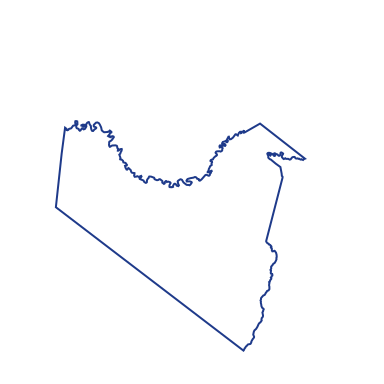 Kamrieng, Batdâmbâng, Cambodia, rotated 218°
{"feature_id": "14789045B46526313837061", "entity_name": "Kamrieng", "entity_type": "district", "adm_level": 2, "iso_a3": "KHM", "parent_name": "Cambodia", "parent_adm1": "Batdâmbâng", "projection": "natural_earth1", "projection_center": [102.586, 13.09], "detail": "fine", "context": "isolated", "style": "outline", "palette": "blue", "viewbox_px": 384, "rotation_deg": 218, "n_neighbors": 0, "source": "geoboundaries", "source_scale": "gbopen_adm2", "svg_char_len": 6061}
<svg xmlns="http://www.w3.org/2000/svg" viewBox="0 0 384 384"><g transform="rotate(218 192 192)"><path d="M289.9,96.2L53.8,98.7L53.8,99.5L54.3,101.3L54.1,102.0L54.4,103.3L54.1,104.6L54.1,106.1L53.9,106.5L52.6,108.0L52.4,108.6L52.7,110.0L53.2,110.8L53.6,113.6L53.5,114.1L53.6,115.6L54.0,116.2L55.9,117.3L57.2,119.8L57.6,121.3L57.2,123.7L57.5,126.2L58.0,128.1L58.3,129.7L57.8,131.6L58.0,132.1L57.9,133.0L58.0,133.7L58.7,134.2L59.4,135.5L59.3,136.7L59.6,137.8L60.0,138.4L62.4,140.5L62.5,141.7L63.0,142.5L63.2,143.6L63.7,144.0L65.5,144.0L67.0,144.8L68.2,146.0L69.5,147.0L70.4,148.3L71.2,148.7L71.6,150.0L72.1,150.6L72.3,151.2L72.1,154.4L71.4,155.5L71.6,157.6L71.8,158.0L71.7,159.6L71.9,160.2L71.1,161.6L71.2,163.1L72.7,165.0L73.8,165.9L74.8,167.5L75.0,168.2L75.8,168.5L75.7,169.9L76.1,170.6L76.0,172.0L76.1,172.5L77.2,173.1L77.0,173.9L77.5,174.6L77.2,175.5L77.5,176.1L78.4,176.8L79.6,176.3L80.2,176.8L81.4,178.8L82.2,178.9L82.4,180.1L82.7,180.9L83.4,181.4L83.7,182.1L83.5,183.9L83.7,184.4L83.7,185.8L83.3,186.5L83.2,187.3L83.6,189.7L84.1,191.2L84.9,191.9L85.2,192.9L86.7,194.6L88.4,195.9L90.4,196.5L90.9,196.4L91.7,195.0L92.2,194.7L93.2,195.2L94.2,196.5L95.1,196.6L95.9,197.0L95.6,197.7L96.2,198.1L97.8,198.4L99.2,198.0L99.7,198.4L101.2,198.1L102.7,198.5L103.3,198.9L129.5,259.1L130.2,259.9L131.1,260.0L132.7,261.7L137.7,266.1L143.5,265.9L149.9,266.1L150.8,265.8L152.6,265.9L153.1,266.1L154.2,267.5L155.5,268.0L156.3,268.7L156.2,269.5L155.7,270.1L155.1,270.5L154.6,270.2L154.0,269.1L152.7,269.0L152.7,270.0L153.4,271.1L152.2,271.4L149.4,271.0L149.0,271.4L148.9,271.9L149.3,272.4L149.7,272.5L150.8,272.1L151.0,272.6L151.0,273.1L150.6,273.5L148.7,273.8L147.8,274.2L146.2,273.9L145.7,274.1L145.4,274.5L145.3,275.3L145.5,276.0L146.3,277.3L146.2,278.0L145.7,278.3L143.9,278.4L143.5,277.5L143.6,276.8L143.2,275.4L142.5,274.8L140.4,274.4L139.9,274.5L139.3,276.0L138.3,276.0L136.7,277.3L134.9,277.7L134.4,278.5L134.4,280.6L134.2,281.4L133.2,282.5L132.7,282.8L131.1,282.3L129.9,282.9L129.4,283.6L128.4,283.7L128.0,284.2L126.6,284.3L126.0,284.7L125.9,285.2L124.2,285.6L124.1,286.8L123.5,287.8L180.5,287.8L187.3,271.1L187.6,270.8L188.6,272.1L189.0,271.9L188.9,270.8L189.6,270.3L189.3,269.0L189.6,268.6L190.4,269.6L190.8,269.4L191.2,269.0L191.4,267.3L190.7,264.7L192.9,264.6L193.3,264.2L193.2,260.1L193.8,257.7L194.6,256.8L196.0,257.4L197.0,258.3L197.3,258.0L196.7,254.6L195.8,254.7L195.2,254.4L194.9,253.2L195.1,252.7L195.6,252.5L196.9,253.0L197.4,251.9L198.5,250.4L198.3,248.9L197.8,248.5L197.2,248.8L195.7,250.0L194.4,249.6L194.3,248.7L197.2,247.1L198.7,245.9L198.7,245.4L198.4,244.8L197.6,244.2L196.6,245.5L195.5,245.7L194.8,245.4L194.7,244.7L193.8,243.3L193.8,242.7L194.3,241.5L195.2,241.2L196.8,239.9L197.7,238.9L197.8,238.4L197.7,237.6L197.1,237.2L195.9,237.1L195.1,236.6L195.1,235.4L195.5,234.8L195.9,232.3L195.6,230.6L196.5,229.5L196.8,228.8L196.8,228.2L196.5,227.8L194.9,228.2L194.4,227.7L194.3,226.8L193.9,226.1L193.1,225.5L193.6,223.4L193.2,222.2L192.9,220.5L192.1,219.0L192.1,217.6L191.8,217.2L191.2,217.6L190.8,218.1L190.1,220.3L189.7,220.8L189.3,220.6L189.4,219.9L188.9,218.6L188.9,217.2L188.4,216.2L188.5,215.5L189.0,215.0L190.7,214.6L191.5,214.2L191.9,213.5L192.2,208.0L192.6,206.1L193.0,205.6L193.7,205.5L194.2,206.2L194.8,206.3L196.0,205.6L196.9,206.0L198.2,206.0L199.0,205.5L199.7,204.2L201.7,202.0L203.3,199.8L203.5,199.3L203.5,198.3L203.3,197.5L202.6,197.1L200.3,199.0L198.6,199.6L198.1,199.4L197.9,198.8L197.8,196.9L198.1,195.8L199.1,195.4L200.1,194.6L200.8,194.3L204.6,194.3L207.4,195.4L208.7,195.1L209.2,194.4L209.9,192.3L209.8,191.5L208.0,190.0L206.4,189.2L206.4,188.2L207.9,187.6L209.6,188.2L210.6,188.0L211.0,187.4L210.9,186.1L210.6,184.8L210.1,184.4L210.8,183.3L211.3,183.2L212.2,182.3L212.7,182.1L213.5,182.7L214.1,184.0L214.4,185.9L215.2,186.2L216.8,185.7L217.5,185.2L217.9,184.4L219.1,184.7L219.4,184.4L219.5,183.0L218.8,182.0L219.1,181.1L221.2,181.1L221.5,181.8L222.2,182.4L224.9,182.4L225.7,181.9L225.9,180.9L226.3,180.3L227.2,179.6L229.1,179.1L229.7,179.2L230.1,179.7L230.7,179.9L233.8,178.9L235.2,177.9L235.1,176.7L234.8,176.2L235.0,175.1L234.9,174.2L234.6,173.3L233.6,171.9L233.7,171.2L234.1,170.7L235.7,170.5L237.3,171.2L241.2,170.1L241.6,170.4L241.2,171.1L241.3,173.1L242.0,173.4L243.3,171.1L244.8,170.8L245.1,170.4L245.3,169.9L246.5,168.7L246.9,168.8L247.9,169.5L248.4,170.8L249.0,171.5L251.0,170.3L251.6,170.2L252.7,170.7L253.7,171.5L256.4,171.8L256.9,171.7L256.8,169.8L257.4,169.4L259.4,170.2L260.9,171.4L259.8,172.6L259.9,173.3L262.3,174.0L264.3,173.1L265.6,174.1L267.1,174.2L267.6,174.2L268.5,173.5L268.9,173.6L269.0,174.1L269.6,175.0L272.3,176.7L272.1,178.0L272.7,179.5L272.8,180.7L273.4,182.2L273.9,182.6L274.8,181.7L275.5,179.2L275.9,178.9L276.3,179.5L276.2,180.0L276.6,180.6L277.9,180.7L279.3,182.0L279.9,182.1L281.1,181.6L283.4,179.6L284.0,178.6L284.2,177.5L284.6,177.0L285.3,177.2L286.4,178.0L287.1,179.2L287.9,180.2L288.1,180.8L287.4,182.5L287.1,184.5L287.3,185.1L287.3,186.9L287.8,187.4L288.8,187.2L289.7,186.2L289.9,185.7L289.7,185.2L290.2,184.9L290.5,185.5L291.6,185.3L292.0,185.0L292.1,184.4L292.6,184.4L292.5,186.8L292.8,187.8L292.2,189.3L292.6,189.8L294.6,189.8L294.8,188.2L295.2,188.0L295.4,187.4L298.0,185.0L299.3,184.9L301.0,185.0L303.4,187.0L306.2,188.4L307.8,188.9L309.3,188.6L310.3,187.6L310.7,184.8L310.6,184.1L309.7,183.2L307.5,183.8L306.9,183.6L306.8,183.1L307.4,181.1L307.5,179.2L308.2,178.7L308.8,178.8L309.8,179.3L311.7,180.9L312.2,181.7L314.3,182.3L316.2,183.6L316.6,183.4L317.1,182.4L317.2,181.7L317.0,180.3L317.2,179.6L317.7,179.0L319.5,177.9L320.3,176.5L320.1,176.2L318.4,176.8L317.8,176.5L317.3,177.1L316.6,178.7L316.0,179.0L315.6,178.6L315.2,176.0L315.4,175.4L316.0,174.6L317.3,174.7L317.9,174.3L317.8,171.7L318.1,171.2L319.2,171.3L320.3,171.9L322.1,171.3L323.2,171.9L323.9,172.9L324.1,174.1L323.9,174.7L324.9,176.0L325.9,177.0L327.1,176.5L327.5,175.9L326.8,174.8L326.3,174.3L325.4,173.9L324.9,173.1L326.5,171.0L326.4,167.9L327.0,166.9L327.4,166.6L327.8,165.8L327.7,164.9L328.1,164.0L328.8,163.7L329.8,164.5L331.6,164.5L318.4,142.1L289.9,96.2Z" fill="none" stroke="#1e3a8a" stroke-width="2"/></g></svg>